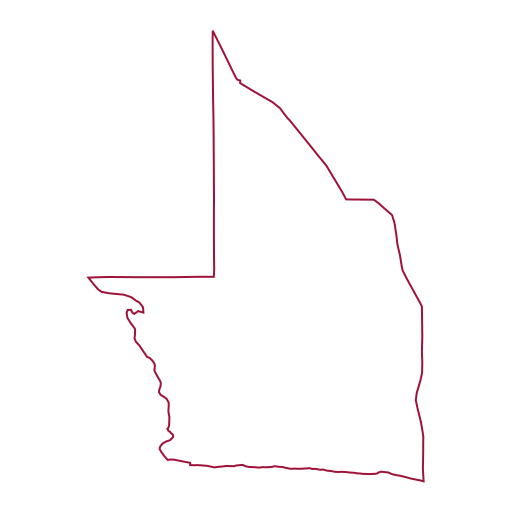 Saint Louis, Saint-Louis, Senegal (Mercator projection), rotated 270°
{"feature_id": "50182788B94115130730188", "entity_name": "Saint Louis", "entity_type": "district", "adm_level": 2, "iso_a3": "SEN", "parent_name": "Senegal", "parent_adm1": "Saint-Louis", "projection": "mercator", "projection_center": [-16.417, 15.987], "detail": "fine", "context": "isolated", "style": "outline", "palette": "rose", "viewbox_px": 512, "rotation_deg": 270, "n_neighbors": 0, "source": "geoboundaries", "source_scale": "gbopen_adm2", "svg_char_len": 3165}
<svg xmlns="http://www.w3.org/2000/svg" viewBox="0 0 512 512"><g transform="rotate(270 256 256)"><path d="M83.1,167.4L81.2,168.4L79.7,170.5L78.6,171.2L77.6,172.7L76.6,173.1L74.9,173.1L71.8,170.0L71.4,168.8L71.1,168.1L70.8,166.9L70.2,165.7L69.4,164.0L68.8,163.2L68.2,162.3L66.1,160.7L65.3,160.2L64.2,159.7L62.8,159.7L59.9,161.4L57.3,163.3L55.4,164.7L53.5,166.3L52.0,167.8L52.4,169.2L52.4,169.9L52.5,171.4L52.3,173.3L52.3,174.4L50.7,182.2L50.0,185.8L49.4,189.0L49.2,190.1L46.9,190.2L46.9,192.1L46.7,194.1L46.9,196.2L46.9,197.7L46.7,199.8L46.7,201.2L46.4,203.7L46.3,205.8L46.1,207.6L45.5,210.2L45.2,211.8L44.7,213.8L44.7,215.2L45.1,217.8L45.3,219.5L45.3,220.8L45.6,222.4L45.7,224.2L46.0,226.1L46.0,228.1L45.9,230.0L45.9,231.3L45.9,232.9L45.8,234.4L46.3,235.3L46.6,237.0L46.6,238.2L46.8,238.9L46.9,240.2L46.9,240.5L47.0,241.1L47.0,241.3L47.1,242.8L46.5,243.7L46.2,244.8L45.7,245.9L45.1,248.5L45.0,250.1L44.9,252.6L44.8,255.0L44.5,257.8L44.5,260.2L44.9,262.7L44.7,265.3L44.9,268.9L45.1,272.0L45.8,274.7L45.3,278.0L45.1,280.6L45.0,282.5L44.3,285.0L43.6,288.4L43.2,291.2L43.4,294.7L43.2,298.3L43.3,302.0L43.5,305.1L43.8,309.4L43.0,312.7L43.1,316.3L42.5,318.4L42.2,320.3L42.5,323.3L41.7,325.5L41.2,328.1L41.1,330.0L40.8,332.0L40.3,334.3L40.0,337.3L40.1,340.0L40.1,342.9L40.0,345.3L39.6,348.7L39.4,351.1L39.2,354.5L38.6,357.4L38.5,360.2L38.1,362.6L38.1,364.8L38.0,367.6L37.9,369.5L38.0,371.9L38.2,375.4L38.5,377.0L39.6,378.7L40.0,380.2L40.3,380.8L39.5,388.5L38.7,390.1L37.7,392.5L36.9,396.2L36.2,400.4L35.1,404.9L33.4,411.1L31.6,420.1L30.7,423.6L43.4,422.9L59.9,423.2L68.2,423.2L75.4,423.3L84.0,422.0L89.6,421.0L96.5,419.3L102.9,417.7L111.8,415.8L118.9,416.7L131.8,420.5L139.4,422.1L149.5,422.3L160.2,421.9L175.6,422.3L205.5,421.9L206.5,421.4L210.4,419.4L232.5,407.2L241.2,402.8L241.9,402.5L247.7,401.4L256.5,400.0L267.2,397.5L278.2,396.2L288.9,394.5L296.9,392.1L304.9,382.9L308.4,379.1L312.3,373.8L312.5,352.4L312.6,346.2L319.6,342.4L326.3,338.4L346.0,326.6L348.3,324.8L356.4,318.1L362.0,313.7L368.6,308.4L391.8,289.6L394.0,287.4L399.6,283.1L403.8,280.0L410.1,272.1L414.5,264.4L420.2,254.5L424.2,247.9L428.8,240.2L429.0,240.2L430.6,240.2L431.5,240.2L431.9,238.4L432.5,237.1L434.0,236.0L463.6,221.6L481.3,212.7L470.0,212.6L445.6,212.7L429.3,212.9L413.1,213.1L396.9,213.4L380.7,213.6L363.7,213.7L346.6,213.8L329.6,213.9L312.6,214.0L299.6,213.9L279.2,213.9L255.5,214.0L243.1,214.2L236.5,213.9L235.2,213.8L235.2,198.0L234.8,173.4L234.8,161.3L234.8,149.2L234.8,137.2L235.0,109.8L234.9,102.5L234.4,88.4L228.9,92.7L222.4,98.3L220.1,101.7L218.7,109.4L217.3,124.0L214.8,131.3L211.4,135.9L209.6,139.2L205.2,142.8L202.8,143.2L199.4,143.4L200.9,138.2L198.1,134.2L199.3,132.5L202.2,130.9L202.0,127.7L199.1,126.6L194.2,127.4L189.2,130.5L184.8,133.8L183.3,134.9L181.0,135.1L176.8,134.9L173.8,134.5L170.3,135.9L166.2,139.6L160.5,143.4L158.1,145.1L155.2,146.9L154.0,149.7L150.9,152.8L148.2,154.5L146.1,154.9L141.6,154.4L139.4,155.4L134.7,157.9L131.8,159.7L129.4,160.8L125.5,160.5L122.5,159.3L119.9,159.0L117.1,160.6L115.1,164.0L113.3,166.5L109.4,168.7L105.7,168.7L101.1,168.4L97.4,168.9L95.0,169.4L86.5,169.1L83.6,168.1L83.1,167.4Z" fill="none" stroke="#9f1239" stroke-width="2"/></g></svg>